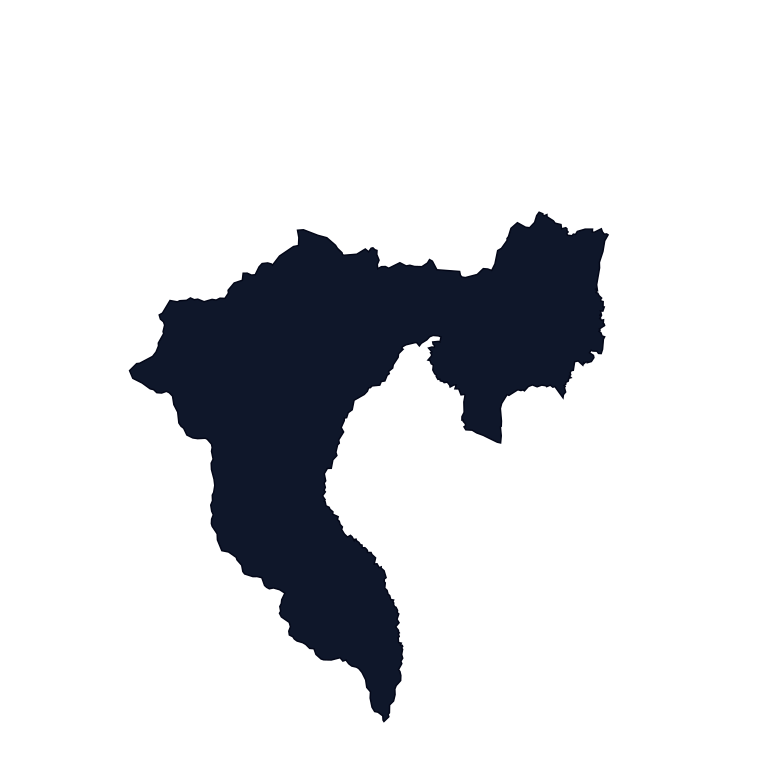 Tulnici, Vrancea, Romania (Albers equal-area conic projection), rotated 310°
{"feature_id": "2599482B64394491062191", "entity_name": "Tulnici", "entity_type": "district", "adm_level": 2, "iso_a3": "ROU", "parent_name": "Romania", "parent_adm1": "Vrancea", "projection": "albers", "projection_center": [26.524, 45.947], "detail": "fine", "context": "isolated", "style": "filled", "palette": "ink", "viewbox_px": 768, "rotation_deg": 310, "n_neighbors": 0, "source": "geoboundaries", "source_scale": "gbopen_adm2", "svg_char_len": 6171}
<svg xmlns="http://www.w3.org/2000/svg" viewBox="0 0 768 768"><g transform="rotate(310 384 384)"><path d="M125.4,600.9L132.2,601.6L133.6,599.5L135.6,599.5L141.7,594.6L147.3,595.1L153.1,592.2L157.3,588.4L160.8,587.2L167.5,587.4L171.5,584.3L174.0,581.0L174.5,578.7L181.2,577.4L182.5,575.1L186.0,574.6L188.1,571.4L192.7,568.8L193.2,567.1L195.0,567.0L195.5,565.9L194.7,564.3L196.6,563.8L195.3,561.4L198.9,557.8L200.3,558.0L202.0,555.4L203.2,555.7L203.8,553.7L204.6,553.4L205.5,549.0L210.8,549.0L212.1,545.2L217.4,543.1L217.4,541.1L219.3,539.9L220.7,536.7L220.3,535.3L220.9,533.5L222.6,532.1L222.6,531.0L224.7,530.2L223.2,527.8L225.6,524.3L225.6,522.2L227.9,519.0L228.1,515.8L232.5,512.8L232.7,511.2L234.8,509.6L237.0,510.1L241.0,504.1L241.1,500.1L242.1,499.4L240.2,498.3L241.8,494.2L239.8,492.2L245.4,489.3L245.6,484.4L246.6,482.4L244.4,479.6L245.9,478.2L246.3,475.9L246.3,474.5L244.5,472.6L246.5,470.7L245.7,469.1L246.5,466.7L246.3,463.3L247.2,462.4L246.2,461.4L244.8,461.8L246.4,457.9L246.5,455.6L243.3,454.4L243.6,450.1L245.3,445.1L247.8,444.0L248.2,440.7L250.1,437.9L250.2,435.5L252.9,434.2L251.3,428.4L253.3,427.0L253.3,423.1L254.3,421.2L253.4,417.9L256.0,414.6L255.8,413.5L257.5,413.3L258.8,408.8L263.7,408.4L264.1,406.4L267.1,405.5L269.7,401.8L272.3,401.6L276.9,395.9L283.0,394.9L285.5,397.8L293.0,393.6L298.9,393.9L300.8,391.0L307.5,387.6L309.9,387.8L312.1,385.2L321.3,383.9L323.1,379.2L330.4,377.1L332.4,375.5L334.2,377.0L339.0,375.0L343.8,376.2L352.3,371.5L363.3,375.6L367.8,375.9L371.1,374.7L372.4,375.9L374.9,376.1L380.4,381.5L384.1,380.3L386.9,382.7L392.7,380.8L395.3,381.4L396.5,379.4L401.8,380.4L404.7,378.7L413.5,377.7L416.6,375.7L422.9,376.3L422.7,374.8L424.3,374.2L428.1,375.6L435.8,381.3L436.7,382.6L435.9,386.6L439.2,386.4L445.3,388.4L449.5,388.6L452.7,390.3L455.9,394.8L456.7,397.5L452.1,399.8L451.6,398.3L447.5,394.3L446.1,396.0L445.9,398.1L444.3,398.9L443.1,396.9L440.2,395.0L439.4,400.1L437.8,399.6L437.4,401.3L435.9,402.4L430.6,402.3L431.6,404.2L429.9,407.1L430.2,409.6L426.1,412.4L424.4,416.4L424.6,418.3L423.4,419.1L422.2,422.3L423.6,423.7L422.6,425.1L424.0,427.9L423.7,429.2L426.1,431.3L425.3,435.0L424.2,436.6L428.2,438.2L429.6,440.0L425.9,441.4L428.3,444.4L425.2,450.0L427.6,452.2L427.5,453.3L421.6,456.7L413.8,463.6L409.1,464.7L406.4,466.9L407.3,468.0L406.3,468.6L405.8,472.0L404.2,473.3L402.6,472.8L401.5,476.1L405.3,481.2L406.1,486.4L408.4,492.8L412.2,508.1L413.8,511.2L419.7,507.1L425.9,500.8L427.0,501.0L431.1,497.8L440.0,488.9L444.8,486.6L455.0,485.1L455.6,487.0L465.6,490.2L467.0,493.1L468.8,494.3L469.0,496.0L474.9,496.2L478.7,498.3L480.3,503.1L484.5,505.5L486.7,509.1L486.5,510.3L490.0,512.1L490.1,515.4L491.9,516.5L488.5,530.0L491.2,528.3L494.6,528.3L497.3,524.4L498.5,524.4L498.6,522.9L500.6,523.4L502.2,522.2L504.6,523.3L507.2,521.9L509.1,523.2L509.2,520.9L511.1,521.1L512.2,519.4L514.5,518.8L516.2,520.2L523.6,515.7L526.5,518.0L526.2,524.3L528.6,523.3L528.4,524.1L530.4,524.4L531.5,525.3L530.9,526.0L534.5,528.4L539.1,527.9L540.6,526.0L540.0,521.3L543.0,521.0L543.5,522.8L546.0,526.0L545.3,528.6L546.9,530.8L551.1,529.1L559.3,523.3L562.0,522.7L561.0,520.2L562.7,517.1L562.6,514.8L564.2,514.9L564.6,513.6L570.6,515.4L571.5,514.1L571.2,513.1L574.3,510.9L572.4,509.5L573.2,508.2L572.8,507.2L575.9,506.6L575.3,505.3L576.2,504.9L577.0,505.8L579.2,502.8L580.5,504.8L584.6,503.2L583.9,502.2L588.0,498.9L587.0,496.9L588.0,495.6L589.7,495.5L589.9,491.9L591.0,489.4L590.4,487.7L592.2,487.4L592.8,484.4L593.1,487.1L596.7,483.1L611.5,474.5L615.6,470.8L626.3,466.5L635.6,461.0L642.3,459.8L642.1,458.1L640.4,456.5L640.9,453.6L642.6,450.7L635.3,447.5L634.4,445.8L636.7,444.2L632.0,438.6L625.1,434.0L621.7,434.6L620.5,432.7L618.5,432.8L616.0,429.0L616.6,427.3L618.8,427.3L619.2,425.3L620.5,424.5L620.6,422.8L617.0,420.3L619.9,417.1L617.2,411.7L617.9,408.9L616.9,401.4L618.5,399.9L615.8,398.5L615.7,396.8L616.5,396.3L615.3,392.4L611.2,392.7L604.6,395.5L597.3,395.1L595.1,391.7L593.3,382.5L584.9,381.2L576.9,384.6L574.5,384.7L573.2,386.0L563.4,386.8L559.3,385.3L547.3,391.8L540.2,393.5L538.8,389.6L536.2,385.9L527.8,385.0L517.8,377.9L516.1,375.1L516.3,372.8L518.8,369.6L505.5,351.1L509.2,342.1L508.6,338.9L504.6,339.5L498.2,337.6L493.6,331.8L491.6,327.5L488.7,325.1L487.1,318.2L475.7,313.2L474.9,309.6L472.2,306.6L468.3,305.1L471.3,302.0L475.7,300.6L478.6,295.2L481.8,292.8L481.0,290.7L481.2,288.0L479.8,286.9L475.4,287.2L475.4,282.9L465.9,279.7L456.9,270.6L456.4,269.1L457.6,267.4L458.0,261.1L459.1,257.7L459.3,246.2L455.4,237.8L450.4,223.2L446.2,218.9L441.4,224.7L435.1,229.5L431.1,226.3L414.9,221.7L403.3,222.2L403.6,220.7L402.0,217.1L397.9,213.2L393.4,213.0L384.9,215.1L382.2,212.4L381.0,208.0L378.3,204.9L372.4,208.8L365.1,204.3L355.6,204.3L353.6,206.4L347.3,207.1L344.3,203.2L340.4,201.5L338.3,197.9L331.4,193.3L329.3,186.8L326.6,184.5L325.5,180.4L321.2,179.0L316.5,174.0L314.1,172.9L310.4,166.4L295.9,168.7L292.4,167.4L290.0,171.0L289.9,175.1L288.1,178.1L282.1,181.1L281.0,182.8L270.3,184.8L268.2,186.8L262.0,188.8L256.4,189.0L242.8,183.5L240.6,181.4L230.7,180.5L226.9,187.9L229.3,198.1L230.0,208.0L231.6,211.1L231.3,215.5L234.2,219.5L238.5,222.0L239.3,225.1L238.8,229.8L233.1,236.3L229.9,244.0L222.3,251.9L221.2,255.6L221.3,259.0L218.2,265.8L219.8,272.2L222.4,276.4L227.6,282.0L228.1,284.1L227.1,290.5L224.9,293.2L221.6,295.1L216.6,301.4L212.3,302.5L207.6,306.8L201.8,315.0L197.5,319.6L191.5,323.2L188.5,323.9L184.3,327.7L179.9,329.1L175.8,333.8L174.1,337.3L169.7,338.8L166.1,341.5L164.5,343.9L162.0,352.5L157.5,356.6L152.1,366.9L155.4,372.9L156.2,382.2L154.8,384.4L153.7,391.5L149.6,396.4L148.9,399.3L152.2,407.4L154.9,410.5L157.1,414.9L152.9,422.0L152.8,424.8L153.4,427.8L156.7,430.4L159.3,436.2L160.1,442.5L153.0,444.3L149.7,446.5L146.6,447.2L143.5,450.9L141.2,451.3L139.6,455.1L140.5,464.6L137.9,468.4L133.5,469.9L130.9,472.8L131.8,476.6L131.0,479.2L131.2,482.5L133.6,488.0L134.2,491.5L133.7,497.0L136.2,500.5L133.1,505.7L132.9,512.5L133.9,515.0L138.7,521.0L146.1,526.3L145.3,530.6L148.1,532.3L147.0,536.8L147.2,540.6L149.4,544.9L149.8,547.5L148.9,552.5L145.6,560.1L140.5,565.8L139.5,571.5L134.5,575.3L128.7,582.6L127.1,587.4L128.7,590.3L129.0,596.4L125.9,599.3L125.4,600.9Z" fill="#0f172a" stroke="#020617" stroke-width="1.5"/></g></svg>